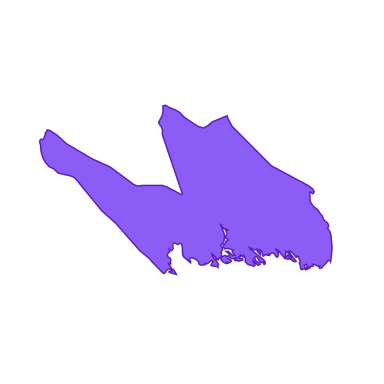 map outline of Västernorrland (Natural Earth projection), rotated 39°
{"feature_id": "SWE-191", "entity_name": "Västernorrland", "entity_type": "County", "adm_level": 1, "iso_a3": "SWE", "parent_name": "Sweden", "parent_adm1": "", "projection": "natural_earth1", "projection_center": [17.916, 63.083], "detail": "fine", "context": "isolated", "style": "filled", "palette": "violet", "viewbox_px": 384, "rotation_deg": 39, "n_neighbors": 0, "source": "natural_earth", "source_scale": "10m", "svg_char_len": 6128}
<svg xmlns="http://www.w3.org/2000/svg" viewBox="0 0 384 384"><g transform="rotate(39 192 192)"><path d="M343.6,159.1L343.3,158.9L342.1,158.4L341.2,159.0L340.9,160.4L341.0,163.5L340.9,164.3L340.6,165.7L340.5,166.5L340.6,169.1L339.9,170.3L339.0,170.9L338.2,170.6L337.9,169.1L336.4,170.5L333.0,171.2L331.4,172.1L331.8,172.3L332.8,173.3L332.0,173.9L330.8,175.9L330.0,176.9L331.4,176.9L330.4,178.3L329.0,178.2L326.3,176.2L325.2,178.1L326.3,179.2L328.4,179.7L330.1,179.8L329.5,180.8L328.8,180.9L327.9,180.8L327.1,181.3L326.7,182.2L326.5,182.9L326.1,183.3L325.0,183.4L324.7,183.1L322.8,181.5L322.5,181.3L321.9,180.8L320.6,179.9L319.9,179.3L320.3,178.1L319.5,177.5L318.3,177.1L317.4,176.6L316.2,175.7L314.8,175.2L313.9,175.5L314.4,176.9L313.5,177.2L309.7,176.2L306.9,176.1L305.7,176.3L304.7,176.9L306.1,177.8L316.7,180.4L315.4,181.7L313.3,182.2L308.8,182.2L309.3,183.4L308.2,184.3L307.3,184.2L306.4,183.4L306.1,182.2L305.9,180.8L307.3,180.5L310.7,180.4L310.7,179.8L304.3,178.7L302.3,179.3L303.3,179.8L303.7,180.5L303.8,181.4L304.2,182.2L305.7,184.4L306.1,185.2L296.4,183.3L293.2,183.4L293.2,184.0L294.6,184.0L296.2,184.5L297.6,185.3L298.5,186.1L299.1,187.1L299.5,188.1L299.3,189.0L298.3,189.3L296.9,189.0L295.6,188.3L294.2,188.1L292.7,188.8L292.2,189.6L292.0,190.6L291.5,191.5L290.5,192.3L292.7,192.3L289.8,193.9L288.8,194.1L288.4,194.6L288.0,196.7L287.5,197.1L286.8,196.8L284.5,194.8L283.5,194.3L282.4,194.0L281.4,194.2L280.3,194.8L282.5,195.8L283.7,196.5L284.5,197.7L280.0,197.1L279.9,196.9L279.3,196.0L278.9,195.7L278.3,195.4L278.2,195.7L278.2,196.2L278.0,196.5L277.1,197.7L275.4,198.3L271.5,198.9L273.2,199.7L290.6,199.6L292.4,200.1L293.7,201.2L294.1,202.5L293.5,202.9L292.6,202.5L291.9,201.2L291.4,201.2L290.8,202.9L289.3,203.3L287.4,203.0L283.4,201.6L282.4,201.9L281.7,203.7L284.9,205.1L285.9,205.4L288.3,204.9L289.7,204.8L290.5,205.4L289.8,207.2L287.1,207.4L282.2,206.6L283.2,207.8L286.5,208.7L287.2,209.6L287.0,210.4L286.4,211.0L285.7,211.3L284.0,211.6L283.4,211.9L282.9,212.3L282.2,212.7L280.7,213.1L280.0,213.1L278.7,212.8L277.6,212.8L277.1,212.7L276.9,212.4L276.6,211.4L274.4,209.7L273.3,209.0L272.0,209.0L272.2,209.4L272.5,210.3L269.2,210.3L269.2,210.8L269.9,211.1L270.1,211.8L269.8,212.5L269.2,213.2L270.7,213.7L272.9,212.1L274.3,212.7L272.7,215.4L271.7,216.4L270.4,216.8L269.8,217.2L269.1,217.9L268.4,218.3L267.6,217.7L267.6,217.2L267.9,216.5L268.4,215.9L268.8,215.6L267.8,215.3L267.2,215.9L266.6,217.1L266.0,218.0L264.7,218.8L263.4,218.9L260.5,218.6L260.8,217.8L261.0,217.4L259.8,216.8L258.5,216.7L255.8,216.8L257.5,215.3L263.4,215.8L265.1,214.4L262.3,213.6L260.9,213.1L260.0,212.0L260.4,211.4L258.9,211.7L256.6,212.7L254.5,214.0L253.5,215.3L253.1,215.6L252.0,215.3L250.9,214.8L250.3,214.4L250.1,213.6L250.3,210.5L250.1,210.3L249.5,209.5L249.3,209.0L249.5,208.6L250.1,207.8L250.3,207.5L249.9,206.2L249.1,206.2L248.1,206.7L247.0,206.6L246.6,206.0L245.4,202.8L244.8,202.1L244.1,201.5L243.3,201.0L242.4,200.7L242.9,200.3L243.8,198.9L242.3,199.0L240.2,200.3L239.2,200.7L237.9,200.3L236.8,199.5L235.7,199.0L234.6,199.4L242.9,203.9L244.9,205.7L246.2,207.4L247.8,210.2L248.6,212.9L247.5,214.4L247.5,215.0L250.4,216.3L251.2,216.8L252.0,217.5L252.3,217.8L252.2,219.5L252.7,220.5L254.9,222.6L255.4,224.2L255.2,225.2L254.6,226.7L254.7,227.2L255.1,228.1L254.8,228.5L254.2,228.7L253.5,228.8L253.1,228.6L251.5,227.8L250.7,227.6L246.6,227.6L247.9,228.7L258.2,231.5L258.2,232.4L258.5,233.2L258.9,233.7L259.6,234.1L258.1,234.4L253.1,237.2L252.7,236.9L252.6,235.8L252.0,233.3L252.1,232.7L251.9,232.5L251.0,232.4L250.5,232.7L250.2,233.3L249.5,236.1L249.3,237.5L249.1,238.2L248.5,238.5L247.0,238.9L248.0,240.1L245.9,242.4L244.6,243.4L243.3,243.7L242.5,243.4L241.4,242.2L240.8,242.0L237.3,242.0L234.5,242.7L233.0,243.4L232.2,244.4L232.2,245.9L233.3,246.4L234.7,246.8L235.4,247.9L226.6,247.7L225.6,247.4L224.8,247.0L223.5,245.7L223.2,245.6L220.1,242.0L217.2,239.3L216.4,238.9L215.0,239.4L214.3,241.5L213.2,242.0L211.8,242.1L210.7,242.6L209.9,243.6L209.9,244.9L212.9,247.9L213.1,248.3L213.2,249.0L213.2,249.8L213.1,250.3L212.6,250.7L211.8,250.9L211.0,250.9L210.4,250.9L211.1,251.4L211.9,252.1L212.3,253.1L212.0,254.2L211.9,255.1L212.4,256.2L213.3,257.1L214.1,257.5L216.2,257.2L217.1,257.3L218.2,258.1L218.8,258.9L219.2,259.8L219.8,260.6L220.6,261.1L220.5,261.7L219.9,261.6L219.5,261.8L218.6,262.3L224.5,264.4L225.9,264.0L228.1,264.4L230.3,265.2L231.7,265.9L226.0,268.3L224.3,268.6L224.2,268.2L226.0,265.9L224.9,265.5L223.7,265.7L222.6,266.3L221.9,267.1L221.6,268.4L221.7,269.8L221.9,271.1L221.9,271.9L221.4,273.0L221.2,273.3L204.7,271.4L201.6,270.6L188.1,270.4L152.7,264.3L133.8,263.4L94.4,255.2L91.3,254.9L87.9,255.7L76.1,261.5L70.1,261.0L64.9,262.2L60.4,261.4L56.3,260.2L51.9,257.5L49.0,255.3L45.0,251.0L42.0,249.0L41.1,246.5L41.8,245.7L43.0,245.2L43.4,244.6L43.4,244.0L42.7,242.5L42.0,240.1L41.6,239.5L40.9,238.5L40.8,238.2L40.8,237.7L41.0,236.7L40.9,236.1L40.4,235.1L41.1,234.4L42.9,233.6L51.9,232.8L64.0,233.5L93.6,229.1L112.4,224.1L141.3,222.9L144.1,222.3L146.6,221.1L150.0,217.5L164.7,205.6L169.1,203.9L185.4,200.7L185.7,199.5L132.9,166.1L130.0,162.4L126.8,160.5L124.1,159.9L122.2,158.8L121.6,156.1L121.4,154.2L120.3,150.2L118.8,147.6L115.2,143.4L116.9,141.3L121.9,140.4L128.1,138.5L132.0,137.9L138.7,138.8L153.8,137.5L156.5,136.8L160.8,134.9L162.7,130.1L163.5,125.0L171.3,110.7L173.9,112.4L181.7,115.7L237.1,121.7L279.4,113.7L283.7,113.7L286.5,114.7L287.0,115.8L287.2,116.7L286.9,117.3L286.4,117.5L284.0,117.4L283.7,117.7L284.0,118.4L288.1,123.1L288.4,123.8L289.0,124.3L290.0,125.0L294.0,126.5L295.4,126.8L300.4,126.7L301.5,126.8L304.8,128.0L308.0,128.5L309.3,129.1L310.9,130.2L312.4,130.7L313.7,130.9L316.3,130.8L317.7,131.1L319.3,132.1L320.0,133.3L320.0,134.1L320.2,134.6L320.6,135.0L324.0,136.0L325.4,136.8L327.6,138.6L336.1,147.3L343.4,158.5L343.6,159.1ZM263.7,226.1L260.6,226.8L257.1,226.4L255.6,224.5L256.3,223.1L256.9,222.0L257.1,221.1L258.0,220.3L259.6,220.0L260.8,220.3L261.5,220.8L262.2,221.1L263.9,220.5L265.3,220.7L266.0,220.9L266.1,221.6L265.9,222.8L265.3,223.7L265.2,224.2L264.9,224.5L264.1,224.4L263.3,224.5L263.1,224.9L263.6,225.1L264.0,225.6L263.7,226.1Z" fill="#8b5cf6" stroke="#5b21b6" stroke-width="1.5"/></g></svg>